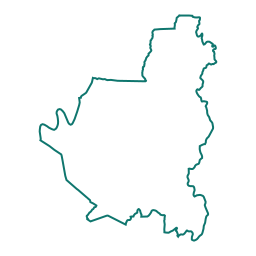 Palestina, Guayas, Ecuador
{"feature_id": "8360857B38620743711757", "entity_name": "Palestina", "entity_type": "district", "adm_level": 2, "iso_a3": "ECU", "parent_name": "Ecuador", "parent_adm1": "Guayas", "projection": "robinson", "projection_center": [-79.904, -1.631], "detail": "fine", "context": "isolated", "style": "outline", "palette": "teal", "viewbox_px": 256, "rotation_deg": 0, "n_neighbors": 0, "source": "geoboundaries", "source_scale": "gbopen_adm2", "svg_char_len": 5800}
<svg xmlns="http://www.w3.org/2000/svg" viewBox="0 0 256 256"><path d="M40.4,140.3L49.5,146.1L54.4,149.9L61.2,154.4L61.6,155.5L62.3,159.1L65.3,175.9L66.5,180.0L76.7,188.9L78.2,190.0L90.0,200.2L90.4,202.1L93.1,203.4L96.4,205.5L96.3,205.9L95.7,206.9L94.2,207.4L93.3,209.0L92.2,209.6L91.3,211.0L90.3,212.1L89.5,212.5L87.8,215.0L86.9,215.7L86.7,216.1L86.8,216.8L87.1,217.3L87.2,218.5L87.7,218.8L87.4,219.3L90.5,221.4L106.4,215.8L107.2,215.6L108.1,215.7L125.7,224.6L126.1,222.7L126.5,222.0L126.7,221.3L127.5,220.2L127.8,220.1L129.8,220.0L130.5,219.4L130.9,218.5L131.0,217.8L130.6,216.7L131.4,216.5L133.0,216.6L133.5,216.5L133.7,215.6L134.1,215.0L135.0,213.9L137.2,212.7L137.3,212.3L137.3,211.3L137.5,210.3L137.8,209.8L138.5,209.1L139.0,209.2L140.1,210.5L140.2,211.2L141.0,213.9L141.3,214.2L141.5,214.6L141.3,216.7L147.4,216.5L148.6,215.7L149.8,214.3L151.0,212.5L151.6,211.0L152.1,210.5L152.8,210.2L153.4,210.1L155.0,210.4L156.2,210.9L158.3,212.7L159.6,213.5L160.5,214.7L162.4,215.2L163.9,215.1L164.4,215.2L164.9,215.7L164.5,218.4L164.6,219.2L164.2,220.8L164.7,224.4L164.3,229.2L164.4,230.7L164.4,232.3L166.1,232.6L168.7,232.7L170.7,231.5L172.8,230.6L176.3,227.8L176.7,227.8L176.9,228.0L177.0,228.3L175.9,230.4L176.1,231.0L176.7,231.3L177.8,234.2L177.9,234.7L177.4,235.5L177.5,235.9L178.1,236.6L178.3,236.2L178.8,235.7L180.3,234.6L181.0,234.4L182.9,234.6L183.7,234.2L184.4,233.6L185.3,232.5L186.7,230.6L187.0,230.5L188.3,231.3L189.2,231.4L190.9,231.3L191.6,231.7L192.5,232.8L192.8,233.9L192.8,234.3L191.9,236.9L191.8,239.2L191.9,239.6L192.3,240.0L194.0,240.6L195.6,240.0L196.9,239.2L197.7,238.4L199.1,236.5L200.3,235.4L201.3,234.8L202.0,233.9L202.5,232.6L203.5,228.8L203.8,225.9L205.1,222.8L205.7,218.8L206.3,216.5L206.9,215.7L207.8,215.0L208.1,214.2L208.0,213.3L205.5,207.4L204.8,205.3L204.8,204.9L205.5,203.1L205.6,201.7L203.8,197.0L203.2,196.2L202.7,195.8L200.9,195.1L199.9,194.9L196.9,195.3L194.6,196.5L194.3,196.3L193.7,195.4L193.5,194.6L193.8,192.7L194.1,191.7L194.5,190.7L194.6,189.9L194.2,187.7L193.8,186.8L193.5,186.5L193.0,186.2L190.2,186.1L188.7,185.7L188.0,185.0L187.7,184.1L187.7,183.3L187.9,182.8L188.5,181.7L188.7,180.9L188.6,179.9L187.5,177.3L187.5,176.4L187.6,175.8L188.7,173.7L188.8,173.2L188.7,168.8L189.5,168.6L191.1,169.0L192.6,169.0L193.4,168.5L194.6,167.1L195.2,165.7L195.8,165.1L196.4,164.6L198.4,163.9L198.8,163.6L199.3,162.4L199.8,160.0L201.0,158.8L202.1,158.0L202.1,156.3L201.6,154.8L200.4,152.4L199.9,150.2L199.7,149.1L199.8,146.1L202.1,144.9L204.1,144.1L205.0,144.1L205.8,142.4L205.9,140.5L206.4,139.3L206.9,138.4L208.7,136.6L213.0,128.6L213.1,127.1L212.4,123.2L211.9,122.3L210.2,120.3L209.2,117.2L208.8,116.5L207.9,115.3L207.5,114.2L207.2,112.9L207.1,110.6L206.2,107.2L205.7,106.4L205.8,105.9L207.1,103.6L207.2,102.7L207.0,102.0L206.4,101.7L203.9,101.2L202.1,101.5L201.8,101.4L201.3,100.1L201.1,98.5L200.7,97.4L199.6,96.8L199.0,96.2L198.1,95.0L197.1,93.4L196.4,91.7L196.4,91.2L196.4,90.6L197.0,89.6L197.7,89.3L198.4,89.7L199.0,89.9L199.5,89.6L200.9,87.9L202.0,87.0L202.5,86.4L202.6,84.2L202.8,83.5L203.1,82.8L203.2,81.2L202.4,80.1L200.4,78.2L200.3,77.8L200.8,75.9L202.3,73.7L202.4,72.2L203.3,70.3L203.4,69.4L203.7,68.7L204.1,68.3L205.7,67.9L206.2,67.4L206.7,65.3L207.9,64.6L208.7,63.6L209.3,63.6L210.7,64.4L211.3,64.5L212.3,64.0L213.6,64.1L214.6,63.3L216.0,62.6L216.2,62.3L216.3,61.8L216.0,61.1L214.6,59.5L214.5,59.0L214.4,56.9L214.2,55.6L214.4,54.6L214.5,53.7L214.0,51.7L213.4,51.4L213.1,51.1L213.0,50.7L213.1,50.3L213.3,49.8L214.1,49.2L215.4,48.9L215.6,48.7L215.8,48.3L215.8,47.6L215.4,46.2L215.0,45.6L214.3,45.4L213.8,45.6L213.3,46.6L212.7,46.7L212.4,46.6L212.2,46.3L212.2,45.9L212.8,44.4L212.7,43.9L209.7,41.9L209.1,41.7L207.4,41.7L206.6,42.0L204.7,44.2L204.3,44.4L203.7,44.5L203.5,44.1L202.3,41.4L202.1,39.6L201.6,38.1L202.2,36.2L202.4,35.1L202.3,34.0L202.2,33.7L201.8,33.7L201.1,34.8L200.3,35.8L199.4,36.3L198.5,36.6L197.7,36.4L197.0,35.4L196.1,32.1L196.4,31.1L196.9,30.1L197.6,29.2L198.0,28.4L197.9,27.9L197.3,27.2L197.3,26.8L198.2,25.1L199.2,24.4L199.4,24.0L199.4,22.9L199.2,22.3L199.1,20.9L199.7,20.1L199.9,19.5L200.0,18.3L200.0,17.8L199.7,17.4L199.4,17.3L198.7,17.3L196.8,17.5L194.9,17.4L192.9,16.9L192.6,16.6L192.4,15.8L188.7,15.5L180.5,15.5L180.3,15.6L179.7,15.4L179.3,15.4L178.7,16.2L177.3,17.3L176.7,17.9L176.4,20.1L175.9,22.0L175.5,22.6L175.1,22.9L174.7,23.4L174.9,24.9L174.5,27.5L174.6,28.6L160.5,29.1L154.4,29.6L153.9,30.2L152.8,31.2L152.4,32.3L152.4,32.7L152.8,34.5L152.8,34.9L152.4,35.4L152.5,35.8L152.7,36.2L152.7,36.6L152.3,38.3L151.6,39.1L151.1,40.2L150.6,40.5L150.5,42.2L150.6,43.0L149.9,44.6L150.0,44.9L150.5,45.1L150.6,45.3L150.7,46.6L150.4,47.1L150.3,47.8L150.4,48.3L151.1,49.6L151.3,50.6L151.1,51.0L150.0,52.3L148.5,53.7L148.6,54.9L148.5,55.5L147.1,56.7L146.8,57.3L146.3,57.8L146.0,59.0L145.7,59.5L145.5,60.4L144.5,61.8L144.4,62.3L144.6,63.4L144.4,64.6L144.2,64.9L144.3,65.6L144.1,66.3L143.8,66.6L143.2,66.8L143.1,67.7L142.8,68.0L143.0,69.5L142.5,70.8L142.5,71.6L142.2,72.8L142.4,74.0L142.3,74.9L142.4,75.6L142.8,76.3L144.3,78.0L144.9,78.6L145.2,79.1L145.2,79.7L146.0,80.7L145.9,81.0L145.3,81.3L117.7,80.8L110.9,79.9L107.3,80.1L106.1,79.7L105.1,79.2L104.4,79.1L103.0,79.3L99.2,78.4L98.6,78.4L97.2,79.1L95.6,78.2L93.4,78.1L92.9,77.9L92.1,81.6L91.7,82.9L86.3,92.5L85.7,93.1L81.6,95.9L81.2,96.4L80.9,97.1L80.9,97.7L79.1,98.0L79.4,99.9L79.7,102.5L79.2,105.0L77.2,111.6L74.6,119.1L72.8,122.9L72.2,123.8L71.7,124.3L70.6,124.7L69.3,124.0L68.3,122.7L64.3,113.2L62.8,111.2L61.0,109.5L60.5,109.3L59.5,109.1L58.0,109.6L57.0,111.1L56.7,111.9L56.6,112.8L56.6,113.6L57.4,116.0L57.8,118.5L58.1,121.5L58.0,123.8L57.5,125.7L56.7,127.6L55.7,128.9L54.2,129.8L53.5,129.7L51.8,129.1L49.0,127.7L47.0,126.2L44.4,124.7L42.6,124.2L41.2,124.8L40.7,125.5L40.2,126.6L39.8,129.7L39.7,131.6L40.7,138.4L40.7,139.4L40.4,140.3Z" fill="none" stroke="#0f766e" stroke-width="2"/></svg>